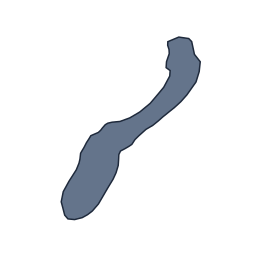 Ifalik, Federated States of Micronesia, rotated 61°
{"feature_id": "79324940B29071405098983", "entity_name": "Ifalik", "entity_type": "district", "adm_level": 2, "iso_a3": "FSM", "parent_name": "Federated States of Micronesia", "parent_adm1": "", "projection": "equal_earth", "projection_center": [144.456, 7.25], "detail": "fine", "context": "isolated", "style": "filled", "palette": "slate", "viewbox_px": 256, "rotation_deg": 61, "n_neighbors": 0, "source": "geoboundaries", "source_scale": "gbopen_adm2", "svg_char_len": 964}
<svg xmlns="http://www.w3.org/2000/svg" viewBox="0 0 256 256"><g transform="rotate(61 128 128)"><path d="M144.6,140.6L144.5,136.1L144.2,132.6L141.5,127.5L140.1,122.5L137.9,112.9L137.7,105.0L136.5,98.1L135.2,92.4L132.5,77.0L130.6,69.1L127.6,60.5L120.7,46.2L113.2,38.4L105.1,32.7L95.8,34.2L83.3,30.4L79.2,31.5L73.1,39.5L71.8,51.3L74.9,53.2L79.3,54.1L83.0,55.9L88.7,62.2L93.7,65.4L98.2,63.3L102.8,66.3L109.7,77.0L112.9,85.2L117.2,96.6L119.7,110.0L120.0,121.6L118.4,131.8L115.2,139.1L114.0,143.3L114.1,146.3L115.5,150.2L116.7,152.9L117.5,156.1L117.0,161.1L116.7,164.2L118.7,167.7L120.6,171.3L123.7,175.9L125.3,178.7L127.1,181.7L131.9,185.1L135.0,187.9L139.5,193.5L146.0,205.5L152.3,215.5L160.2,222.2L165.8,223.6L173.5,225.6L178.4,224.6L182.2,219.1L184.2,211.5L184.2,205.4L183.3,199.4L180.1,190.7L175.0,182.1L170.7,174.9L165.5,165.8L161.3,160.1L156.0,154.7L150.4,151.1L146.8,148.9L144.5,145.7L144.6,140.6Z" fill="#64748b" stroke="#1e293b" stroke-width="1.5"/></g></svg>